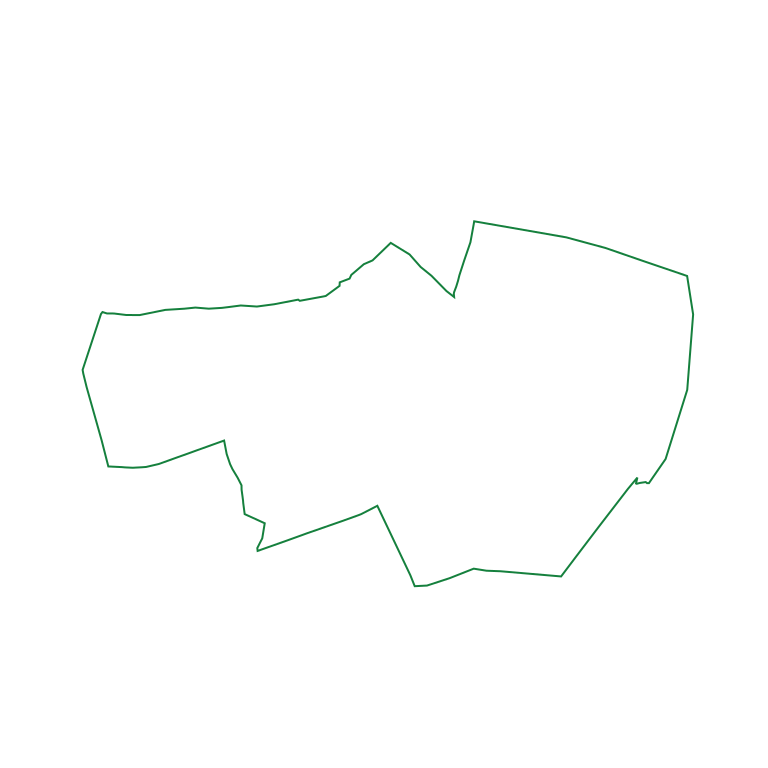 the district of San Andrés Dinicuiti, Oaxaca, Mexico, rotated 18°
{"feature_id": "50627088B73499438773717", "entity_name": "San Andrés Dinicuiti", "entity_type": "district", "adm_level": 2, "iso_a3": "MEX", "parent_name": "Mexico", "parent_adm1": "Oaxaca", "projection": "orthographic", "projection_center": [-97.707, 17.699], "detail": "fine", "context": "isolated", "style": "outline", "palette": "green", "viewbox_px": 768, "rotation_deg": 18, "n_neighbors": 0, "source": "geoboundaries", "source_scale": "gbopen_adm2", "svg_char_len": 1489}
<svg xmlns="http://www.w3.org/2000/svg" viewBox="0 0 768 768"><g transform="rotate(18 384 384)"><path d="M419.5,201.4L420.0,204.7L422.4,222.5L422.1,241.9L422.1,257.2L422.5,263.0L422.6,269.2L422.5,270.9L422.3,275.0L422.5,276.6L423.8,279.6L414.7,276.3L395.7,266.4L382.7,261.4L368.3,252.9L346.8,247.7L334.9,270.0L327.8,276.3L319.2,290.3L318.7,294.4L310.5,301.0L311.4,304.4L301.4,318.3L299.1,319.6L278.2,330.9L276.3,330.3L254.9,342.1L239.2,349.6L233.3,351.1L223.5,353.6L212.1,359.0L206.3,361.7L194.1,366.5L181.0,369.6L170.8,374.1L153.1,381.1L130.4,393.9L117.7,398.0L105.4,400.4L98.8,402.5L94.0,402.6L93.2,404.9L93.0,463.7L94.5,466.5L94.7,466.9L95.7,468.5L99.5,474.6L102.1,478.8L132.9,524.9L147.3,547.6L160.2,544.1L163.6,543.3L170.9,541.3L179.5,538.0L183.4,536.4L194.5,529.7L210.9,517.0L219.1,510.7L226.4,505.0L241.0,493.7L249.4,487.2L256.0,499.2L262.4,507.8L266.2,511.8L273.8,518.4L279.8,524.4L281.2,528.5L284.2,534.7L286.0,538.5L286.9,540.7L287.9,542.8L291.7,550.8L313.6,553.3L315.9,568.4L314.2,579.2L315.4,581.8L324.9,574.5L340.3,562.7L352.4,553.3L357.0,549.7L386.4,527.4L400.2,516.7L402.4,514.9L415.3,501.9L468.2,557.8L475.7,566.8L487.2,562.4L506.4,548.4L526.4,531.9L539.2,529.9L552.6,526.1L611.9,512.3L619.5,490.3L632.2,453.9L648.5,408.1L653.9,394.7L654.4,400.7L655.2,400.8L657.8,399.1L663.2,396.4L664.8,397.0L666.6,396.4L669.0,388.3L675.0,368.3L674.2,295.9L656.5,222.3L638.9,187.6L590.4,186.9L552.5,186.2L512.1,188.2L419.5,201.4Z" fill="none" stroke="#15803d" stroke-width="2"/></g></svg>